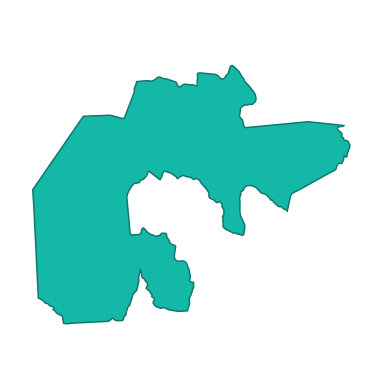 SVG path tracing the border of Salta, rotated 176°
{"feature_id": "ARG-1303", "entity_name": "Salta", "entity_type": "Province", "adm_level": 1, "iso_a3": "ARG", "parent_name": "Argentina", "parent_adm1": "", "projection": "orthographic", "projection_center": [-65.55, -24.191], "detail": "fine", "context": "isolated", "style": "filled", "palette": "teal", "viewbox_px": 384, "rotation_deg": 176, "n_neighbors": 0, "source": "natural_earth", "source_scale": "10m", "svg_char_len": 6018}
<svg xmlns="http://www.w3.org/2000/svg" viewBox="0 0 384 384"><g transform="rotate(176 192 192)"><path d="M93.9,181.5L98.3,166.3L99.9,168.0L102.0,168.9L103.3,170.5L103.8,170.9L104.8,171.2L105.9,171.3L106.5,171.5L107.2,171.9L109.1,174.0L111.4,176.3L112.0,177.9L112.5,178.3L113.4,178.4L114.1,178.6L114.4,179.0L114.6,180.0L114.9,180.5L116.6,182.2L117.9,184.0L118.7,184.5L122.9,186.3L123.3,186.6L125.1,188.6L127.0,191.2L128.2,192.3L129.8,193.2L131.8,194.1L133.7,194.5L137.0,194.3L138.7,193.4L141.3,189.7L141.7,189.5L142.5,189.3L142.9,188.9L143.3,188.2L143.4,186.5L144.2,184.5L144.5,184.0L144.7,183.3L144.9,181.7L144.8,179.5L145.3,173.6L145.6,168.6L145.3,165.4L144.9,163.9L143.3,160.0L143.1,159.2L141.9,156.0L141.8,155.5L141.7,153.9L141.9,152.4L143.2,146.7L143.6,145.9L144.1,145.5L144.5,145.4L145.6,145.6L148.0,146.7L149.4,146.7L151.0,147.9L151.8,148.2L153.3,148.1L153.9,148.3L161.3,152.7L163.1,154.6L163.4,155.2L163.4,155.6L163.1,158.1L163.1,159.2L163.3,161.9L162.8,163.1L162.9,163.6L163.4,164.8L163.4,165.1L162.4,166.5L161.7,167.9L161.4,172.3L161.6,172.9L161.9,173.2L162.3,173.3L162.5,174.3L163.2,175.4L162.7,176.8L162.8,177.6L164.6,180.3L164.9,180.5L165.7,180.6L166.3,180.3L166.9,179.7L167.8,179.7L168.9,180.4L171.3,182.9L174.1,184.3L175.2,185.2L175.4,187.2L175.2,189.6L175.6,190.7L177.3,193.7L182.5,200.6L183.5,202.6L184.0,203.5L184.4,203.8L186.6,205.1L187.1,205.2L187.9,205.0L188.7,204.5L189.6,204.5L190.5,205.1L192.2,206.8L193.4,207.1L194.7,207.2L195.6,207.4L197.9,208.5L199.9,209.1L201.9,208.5L203.1,207.9L205.2,206.4L205.7,206.4L205.9,206.7L206.5,208.0L210.8,211.6L212.5,212.7L217.4,214.5L218.1,214.6L218.7,214.6L219.1,214.3L221.5,208.7L222.9,206.6L223.5,206.8L233.2,215.5L233.6,215.5L234.1,215.4L234.6,214.7L235.4,212.6L236.0,211.5L236.8,210.6L239.6,208.1L242.4,207.3L242.7,207.0L243.5,205.7L244.0,205.2L244.9,204.9L245.9,204.9L247.1,204.6L248.7,204.6L249.2,204.4L250.1,203.7L251.5,202.2L254.6,198.0L256.4,194.7L257.2,192.2L257.4,191.5L256.6,155.4L256.5,154.5L256.2,153.8L254.5,153.4L248.0,153.2L247.0,153.5L245.3,155.6L244.8,158.1L244.4,158.7L243.3,159.6L241.9,158.7L239.2,155.0L237.3,153.2L235.6,152.3L233.3,151.6L231.9,150.3L231.0,150.2L230.0,150.6L227.3,150.9L225.5,152.6L224.9,152.9L223.8,153.0L222.4,152.7L221.1,152.6L220.8,152.4L220.6,152.2L220.4,151.6L220.3,149.4L220.1,148.8L218.3,145.3L217.7,143.5L216.8,142.0L216.2,141.4L214.6,140.6L213.0,140.1L212.5,139.6L212.2,138.7L212.2,138.1L213.3,133.7L214.1,128.8L214.0,127.4L213.8,126.5L213.2,125.6L212.4,124.7L211.5,124.1L210.0,123.9L205.7,123.9L205.0,123.7L204.5,123.5L203.4,122.6L202.7,121.8L202.3,121.0L201.3,117.3L200.5,115.8L199.9,110.4L199.7,109.5L199.7,106.7L199.9,105.8L200.7,104.2L200.6,103.7L198.7,102.0L198.3,101.8L197.5,101.9L196.9,101.9L196.6,101.4L197.0,98.9L196.9,97.6L197.2,96.6L198.4,94.3L198.9,92.6L200.3,89.2L202.0,86.6L202.1,86.3L202.2,82.6L202.3,80.9L203.2,77.8L204.3,75.7L204.6,75.1L204.7,73.8L213.6,73.8L223.4,76.1L227.0,78.2L229.0,78.7L230.9,78.1L232.4,78.5L233.4,79.2L234.6,79.8L235.6,80.1L236.1,80.4L237.9,82.8L238.4,84.0L238.4,84.9L238.1,85.6L237.4,86.5L236.9,87.8L237.5,88.8L239.3,90.2L239.4,90.8L239.0,91.9L238.9,92.4L239.2,92.8L240.2,93.5L240.4,93.8L240.6,95.1L241.4,96.1L244.3,99.0L244.2,99.9L243.3,100.9L243.1,101.5L242.8,103.8L242.9,104.7L244.2,105.6L245.6,108.6L246.1,109.1L247.3,109.6L247.9,110.9L248.1,112.4L247.7,113.7L248.3,114.5L248.5,117.1L249.5,117.6L249.4,116.9L250.6,112.6L251.1,111.5L251.2,107.4L253.5,99.0L254.2,97.7L256.9,95.1L258.2,93.3L262.2,83.2L262.6,82.8L263.6,82.2L264.0,81.6L265.7,77.5L266.5,74.3L267.0,73.4L268.0,72.9L268.4,72.5L269.4,69.4L270.3,68.9L271.7,68.6L276.6,69.0L277.6,69.5L279.7,71.5L280.3,71.7L282.8,69.6L283.6,69.1L285.6,68.8L318.4,69.5L326.2,69.3L329.2,69.9L329.6,72.6L329.4,73.6L329.8,74.3L329.8,76.1L330.1,77.1L330.9,77.9L333.3,79.1L335.5,80.8L336.1,81.5L336.5,82.9L337.5,83.1L338.3,83.8L338.5,84.2L338.2,84.2L338.5,85.0L338.3,85.6L337.9,86.1L337.8,86.5L338.2,87.0L338.8,87.4L341.3,88.1L342.2,88.8L343.4,90.5L346.1,91.5L346.6,91.9L346.9,92.8L347.8,93.7L351.4,96.3L352.7,96.8L350.8,189.5L350.7,205.4L311.0,255.2L295.1,275.1L268.4,274.3L256.8,270.4L254.9,270.1L253.9,271.4L242.8,295.2L242.5,296.1L242.4,299.1L242.0,300.2L240.1,303.8L239.6,306.0L229.0,306.2L228.2,306.1L225.5,305.4L223.9,305.6L221.3,306.5L220.8,306.8L219.8,307.8L218.7,308.6L217.5,308.9L216.4,308.9L215.4,308.6L213.7,307.7L212.8,307.0L211.9,306.8L210.6,307.0L201.0,303.1L200.2,302.6L199.8,301.9L199.1,299.7L198.4,298.3L197.9,297.7L196.7,297.8L195.2,298.5L192.4,300.1L191.4,300.1L186.4,299.0L184.6,299.1L182.1,298.4L180.7,297.7L180.1,297.6L179.5,298.0L179.3,298.8L179.1,303.0L178.7,304.1L178.4,305.4L178.5,308.0L178.5,308.7L178.0,309.7L177.4,310.2L177.1,310.3L175.4,310.2L160.5,307.7L158.4,306.6L157.1,305.1L155.9,303.5L155.3,303.0L153.5,302.7L152.6,302.8L151.9,303.1L151.3,303.5L150.9,304.0L150.0,306.0L148.6,306.7L148.0,307.3L147.4,308.4L145.0,314.4L144.2,315.2L143.4,315.4L143.1,315.3L142.1,314.7L140.5,313.1L137.3,309.5L136.3,308.2L134.3,303.6L133.1,302.2L132.6,301.5L131.9,299.0L127.8,293.9L123.6,287.7L122.5,285.7L121.8,283.1L121.7,280.8L121.8,279.4L122.1,278.5L122.6,277.8L124.1,276.6L125.3,275.5L125.8,275.3L129.1,275.3L131.2,274.9L133.3,275.0L134.1,274.8L134.6,274.6L137.1,272.8L137.8,271.9L138.0,271.5L138.1,271.1L138.0,269.7L139.2,265.3L139.2,264.3L139.0,263.5L138.4,262.5L137.5,261.5L136.6,260.1L136.4,259.3L135.7,254.5L135.0,253.0L134.5,252.6L134.1,252.5L132.4,252.5L71.1,254.0L35.9,247.7L36.1,247.5L37.0,246.9L37.8,246.8L38.7,247.0L39.7,247.0L40.8,246.7L41.8,246.3L42.5,245.5L42.4,244.4L41.3,242.9L39.6,241.5L38.4,239.8L38.5,237.7L38.7,237.2L38.5,236.8L37.8,235.8L37.0,235.1L37.0,234.6L37.2,234.3L36.8,233.5L36.5,233.0L35.9,232.8L34.9,232.8L33.2,231.9L32.8,231.4L31.3,228.0L31.3,227.1L31.5,225.8L34.0,220.5L34.6,218.5L34.9,216.9L35.3,216.3L36.0,216.1L37.0,217.5L37.5,217.8L37.9,216.7L38.2,215.0L40.1,210.5L41.0,209.9L42.8,210.4L43.8,210.3L44.4,209.7L46.3,206.5L46.7,204.9L47.0,204.5L47.9,203.9L59.8,198.5L85.2,186.6L90.2,184.6L92.8,183.1L93.9,181.5Z" fill="#14b8a6" stroke="#0f766e" stroke-width="1.5"/></g></svg>